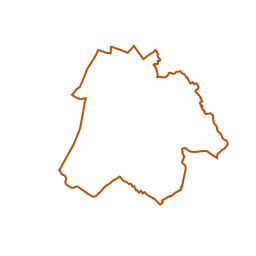 Tha Chang, Sing Buri, Thailand (Albers equal-area conic projection), rotated 329°
{"feature_id": "78962969B22910342197122", "entity_name": "Tha Chang", "entity_type": "district", "adm_level": 2, "iso_a3": "THA", "parent_name": "Thailand", "parent_adm1": "Sing Buri", "projection": "albers", "projection_center": [100.401, 14.78], "detail": "fine", "context": "isolated", "style": "outline", "palette": "amber", "viewbox_px": 256, "rotation_deg": 329, "n_neighbors": 0, "source": "geoboundaries", "source_scale": "gbopen_adm2", "svg_char_len": 5729}
<svg xmlns="http://www.w3.org/2000/svg" viewBox="0 0 256 256"><g transform="rotate(329 128 128)"><path d="M47.4,128.9L47.6,129.3L47.6,129.9L47.4,131.1L47.4,131.7L47.5,133.7L47.6,134.1L47.9,134.5L48.2,134.9L48.9,135.7L49.2,136.2L49.3,136.6L49.4,137.3L49.2,138.5L49.1,139.0L48.7,139.9L47.8,140.8L47.3,141.1L46.8,141.6L46.5,141.9L46.3,142.4L46.1,142.9L46.1,143.6L46.1,144.4L46.2,145.0L46.8,146.6L48.9,150.1L49.6,150.8L50.0,150.9L52.8,151.5L53.8,151.7L54.2,151.9L54.4,152.1L54.7,152.4L55.0,153.1L56.5,156.5L57.9,159.4L59.7,163.5L61.1,166.4L62.2,168.3L62.6,168.8L63.1,169.2L63.9,169.4L66.0,169.7L66.8,169.6L69.3,168.9L71.8,168.5L73.3,168.1L74.6,167.5L76.5,166.8L79.1,166.2L80.3,166.1L81.4,166.1L81.8,166.2L82.0,166.3L83.8,166.1L85.2,166.0L85.6,165.7L85.8,165.7L88.8,165.4L89.1,165.4L89.8,165.5L90.3,165.5L91.1,165.5L92.3,165.6L93.6,165.5L94.7,165.5L95.9,165.4L96.8,170.5L96.9,171.2L97.1,171.5L98.4,172.8L99.4,174.8L99.8,176.2L100.1,176.6L100.7,176.9L101.3,177.1L101.9,177.5L102.0,178.6L101.6,180.4L101.6,180.5L103.2,181.0L103.3,181.0L103.3,181.5L102.8,184.0L102.8,185.5L103.6,185.6L103.7,186.5L103.9,187.5L103.9,188.7L104.0,189.0L106.8,188.5L106.9,191.5L109.1,191.5L109.9,194.8L110.2,195.8L112.3,199.3L113.2,201.1L113.5,201.0L114.1,202.5L114.4,203.3L115.1,206.3L115.5,207.7L116.0,210.2L117.7,210.0L117.8,209.8L118.0,209.7L119.5,209.7L119.6,208.2L120.2,208.2L120.3,207.5L120.8,207.5L121.8,207.6L123.1,207.7L124.3,207.7L125.1,207.6L126.4,207.7L127.7,207.8L127.8,208.0L129.1,208.0L129.2,208.5L129.3,208.5L130.7,208.6L131.4,208.6L133.3,208.0L134.2,207.9L135.6,207.8L136.5,207.9L139.2,208.2L139.3,208.1L139.3,207.9L141.4,208.2L141.6,208.1L141.8,207.7L142.3,207.6L142.6,207.4L142.8,207.2L142.8,206.4L143.1,205.9L143.7,205.9L144.1,205.7L144.5,205.7L149.8,199.8L152.6,196.8L155.9,193.4L156.5,192.5L156.9,191.9L157.2,191.2L157.4,190.6L157.5,190.1L157.5,189.6L157.4,188.7L157.0,187.3L156.5,186.1L156.5,185.8L156.5,185.4L156.7,185.2L160.1,182.6L161.3,181.8L161.4,181.6L161.5,181.4L161.5,181.2L161.6,179.2L161.7,177.8L161.7,177.6L161.8,177.4L162.3,177.1L162.5,176.7L162.7,176.2L163.0,175.2L163.4,173.8L164.7,173.9L165.4,174.1L166.0,174.3L166.5,174.6L166.8,174.9L167.2,175.5L167.7,177.2L168.2,178.5L168.5,179.1L168.7,179.6L169.1,180.1L169.7,180.6L170.3,181.1L171.2,181.8L172.8,182.8L174.6,183.8L175.8,184.4L177.4,185.0L179.0,185.7L181.1,186.9L182.4,187.6L183.4,188.2L183.8,188.8L186.5,194.7L188.9,199.6L189.7,198.5L189.8,198.3L190.4,197.4L190.8,197.1L191.1,196.8L191.4,196.6L191.9,196.5L194.2,196.0L196.6,195.4L197.3,195.2L197.9,195.2L199.5,195.3L200.1,195.3L200.7,195.1L202.5,194.4L204.4,193.8L204.8,193.7L205.0,193.4L205.3,193.0L205.5,192.5L205.7,191.9L205.9,191.0L205.9,190.1L205.8,189.6L205.7,189.1L205.4,188.6L204.6,187.5L204.3,186.9L204.1,186.5L204.0,186.0L203.9,185.1L204.0,183.8L204.4,182.0L204.5,181.1L204.3,180.2L203.5,177.2L203.5,176.8L203.5,175.9L203.7,175.3L204.2,174.1L204.6,172.4L204.7,171.8L204.6,170.6L204.4,169.8L204.3,169.2L204.1,168.4L204.3,167.5L204.5,166.9L204.8,166.0L206.2,162.9L206.6,162.2L207.4,161.4L206.1,157.8L205.4,157.5L204.9,157.4L204.2,157.1L201.7,155.9L201.6,154.8L201.7,154.5L202.0,153.6L201.9,153.6L201.6,153.5L202.1,151.6L201.7,151.6L201.7,149.3L201.7,148.6L201.7,148.4L201.8,148.3L202.7,147.9L202.8,147.8L202.9,147.6L203.0,146.8L201.9,146.3L202.1,145.9L202.4,145.0L202.4,144.4L202.4,143.7L202.5,143.5L202.6,143.4L202.8,143.3L203.4,143.2L203.7,143.2L204.3,143.3L205.4,143.3L205.5,143.3L205.5,143.2L205.4,139.9L205.5,139.9L206.0,139.9L206.0,139.2L205.5,135.6L205.1,133.0L204.7,131.8L204.6,131.4L205.1,130.8L205.5,130.7L206.4,130.4L206.6,130.4L207.6,130.8L207.9,130.8L208.0,130.8L208.3,130.6L208.8,129.9L209.6,129.0L209.7,128.9L209.8,128.6L209.8,127.3L209.9,126.6L209.8,126.0L209.6,125.3L209.6,125.0L208.9,124.7L207.3,124.3L207.1,122.1L207.0,121.9L206.8,121.9L206.4,122.3L206.1,122.4L205.9,122.4L204.8,122.2L204.5,122.0L204.4,121.5L204.4,120.2L204.7,116.3L204.8,115.2L204.0,115.0L204.1,113.4L204.1,111.7L204.0,111.4L203.1,110.0L202.7,109.1L202.4,107.9L202.1,106.2L201.4,105.9L200.2,105.7L199.8,105.6L199.3,105.4L198.7,105.0L198.4,104.8L198.0,104.8L196.9,105.3L196.3,105.4L195.8,105.3L195.4,105.2L195.0,105.0L194.6,104.7L193.7,103.7L192.4,102.3L192.1,102.0L191.7,101.9L191.4,101.9L191.2,102.0L190.2,102.8L189.8,103.0L189.0,103.3L188.6,103.5L188.0,103.6L187.4,103.6L185.9,103.4L185.3,103.3L184.1,102.8L183.9,102.6L183.4,101.8L182.9,101.4L182.2,100.9L180.1,99.8L179.8,99.7L179.2,99.7L179.2,99.3L180.4,98.4L180.7,98.0L181.3,96.5L182.1,94.2L182.3,93.4L182.5,91.3L182.8,89.8L183.0,88.8L183.0,88.5L182.9,88.2L182.4,87.6L182.3,87.4L182.3,87.2L182.6,86.9L183.2,86.8L183.6,86.7L183.8,86.8L184.6,87.3L185.3,87.7L185.7,88.3L185.8,88.4L186.0,88.4L186.9,88.2L187.3,87.8L187.4,87.5L187.5,87.2L187.7,86.2L187.9,86.0L188.3,85.9L188.6,86.0L189.3,86.6L189.6,86.7L190.0,86.6L190.6,86.4L190.8,86.3L190.9,86.1L191.0,85.9L190.9,85.5L190.3,83.8L190.4,81.8L190.5,81.4L190.7,81.1L191.6,80.3L191.7,80.2L191.7,79.4L191.7,78.8L191.7,78.4L191.7,78.2L192.1,77.4L192.1,77.2L192.0,76.9L191.3,75.8L191.2,75.6L191.3,75.5L190.5,75.5L188.7,76.1L188.1,76.1L187.2,76.1L185.6,75.9L184.8,75.9L184.2,76.0L179.8,76.5L177.9,76.8L176.6,76.9L176.2,71.7L176.0,70.1L175.8,66.9L175.3,60.7L172.4,61.7L166.3,63.3L162.7,58.2L159.7,54.8L157.4,51.9L156.4,50.8L155.1,49.6L153.7,51.9L153.0,53.0L151.5,55.0L148.7,52.8L147.6,51.7L146.5,50.3L145.6,49.4L144.6,48.1L143.3,46.6L142.3,45.8L139.1,48.3L135.4,50.4L123.2,56.5L117.5,61.1L108.0,68.0L106.6,68.1L105.2,68.1L103.4,68.4L102.8,68.7L100.1,69.9L97.1,70.7L97.8,72.3L99.0,74.7L100.4,76.8L101.0,77.5L102.0,78.4L102.9,79.1L103.6,79.4L105.2,79.9L107.1,80.7L105.7,82.3L104.4,83.7L103.7,84.2L103.4,84.6L103.0,85.0L99.0,89.7L86.7,103.7L73.2,113.9L51.3,126.5L47.4,128.9Z" fill="none" stroke="#b45309" stroke-width="2"/></g></svg>